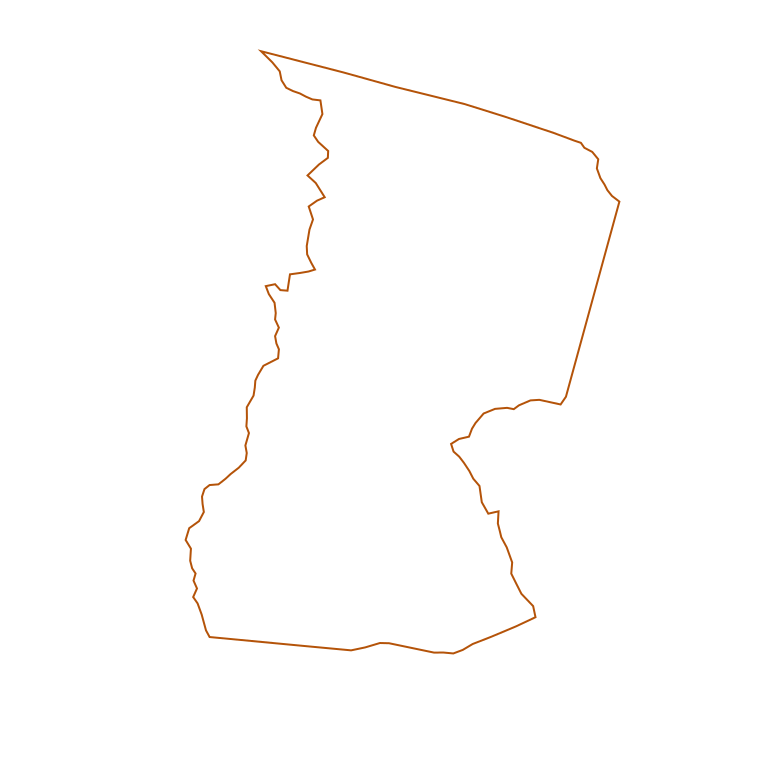 outline of Pau D'Arco do Piauí, Piauí, Brazil, rotated 106°
{"feature_id": "56859067B17447781535160", "entity_name": "Pau D'Arco do Piauí", "entity_type": "district", "adm_level": 2, "iso_a3": "BRA", "parent_name": "Brazil", "parent_adm1": "Piauí", "projection": "albers", "projection_center": [-42.465, -5.252], "detail": "fine", "context": "isolated", "style": "outline", "palette": "amber", "viewbox_px": 768, "rotation_deg": 106, "n_neighbors": 0, "source": "geoboundaries", "source_scale": "gbopen_adm2", "svg_char_len": 1873}
<svg xmlns="http://www.w3.org/2000/svg" viewBox="0 0 768 768"><g transform="rotate(106 384 384)"><path d="M675.3,481.9L657.4,386.2L649.1,342.2L642.4,329.5L634.1,316.5L631.8,307.7L628.4,261.8L625.8,253.1L623.9,243.1L617.9,235.0L609.5,227.1L598.0,212.0L587.6,199.0L580.6,190.3L566.4,174.1L556.4,179.4L547.8,194.1L539.5,201.8L531.2,209.4L520.2,211.6L507.2,221.0L499.0,229.0L493.7,232.0L486.7,236.1L474.8,238.8L479.9,248.0L470.7,257.4L455.7,264.1L450.4,272.1L444.1,278.0L437.7,285.5L433.1,291.7L429.8,298.5L423.1,303.0L416.2,296.8L411.2,287.8L402.7,287.1L396.3,285.3L384.9,280.1L377.3,270.4L373.0,259.1L372.4,252.3L367.3,248.4L359.4,238.7L356.4,230.3L355.0,208.6L346.1,205.6L143.8,208.0L140.4,216.7L136.1,222.7L131.5,227.0L126.5,232.7L118.1,238.8L108.9,240.0L103.5,247.8L101.7,256.5L97.9,261.2L97.6,268.1L95.9,290.0L93.7,341.9L92.7,383.9L94.0,419.9L95.3,455.0L95.7,508.9L98.0,593.9L105.6,580.0L112.2,570.4L120.3,566.2L126.2,559.6L127.5,552.3L127.9,544.9L129.3,538.3L130.2,531.3L128.9,523.3L141.5,517.6L156.5,520.0L164.4,520.0L169.4,514.0L175.4,501.9L182.1,500.3L190.9,507.0L204.6,515.0L209.6,505.0L220.8,492.5L226.2,498.9L234.1,505.3L245.4,497.6L256.1,498.2L272.7,496.3L280.6,493.6L287.6,487.3L293.0,481.9L296.7,487.6L300.5,495.5L304.5,504.6L320.9,502.5L322.3,509.5L318.1,516.2L322.5,524.6L329.3,519.5L336.1,511.6L345.7,507.6L352.0,506.5L358.8,500.6L368.0,501.9L374.7,498.6L379.6,494.6L388.5,492.9L399.7,504.9L409.9,507.6L416.2,508.6L423.1,507.2L431.1,506.2L444.2,509.5L454.8,506.3L462.7,504.6L468.4,500.3L481.3,500.3L488.2,496.9L495.6,495.9L504.6,500.6L512.8,506.6L518.9,510.3L526.1,515.5L529.2,523.8L534.5,527.6L542.4,527.9L549.4,525.3L556.7,521.9L566.8,524.0L576.3,531.5L588.6,531.7L595.5,524.2L607.3,521.6L614.1,517.6L618.1,512.9L625.5,512.9L632.1,507.4L641.4,508.7L646.3,502.7L655.9,495.7L669.9,487.2L675.3,481.9Z" fill="none" stroke="#b45309" stroke-width="2"/></g></svg>